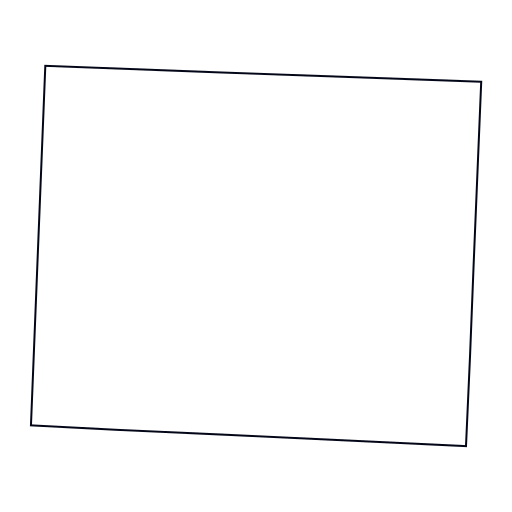 Knox, Illinois, United States of America, rotated 272°
{"feature_id": "52423323B87392879787179", "entity_name": "Knox", "entity_type": "district", "adm_level": 2, "iso_a3": "USA", "parent_name": "United States of America", "parent_adm1": "Illinois", "projection": "natural_earth1", "projection_center": [-90.27, 40.932], "detail": "fine", "context": "isolated", "style": "outline", "palette": "ink", "viewbox_px": 512, "rotation_deg": 272, "n_neighbors": 0, "source": "geoboundaries", "source_scale": "gbopen_adm2", "svg_char_len": 278}
<svg xmlns="http://www.w3.org/2000/svg" viewBox="0 0 512 512"><g transform="rotate(272 256 256)"><path d="M78.9,37.0L77.4,124.0L76.2,240.1L73.3,472.5L164.5,473.4L255.5,473.8L438.0,475.0L438.2,213.3L438.7,38.8L78.9,37.0Z" fill="none" stroke="#020617" stroke-width="2"/></g></svg>